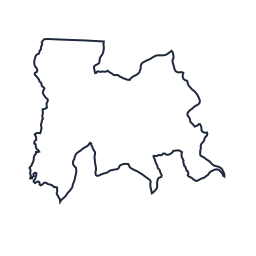 Águas Vermelhas, Minas Gerais, Brazil (Mercator projection), rotated 278°
{"feature_id": "56859067B86331231405573", "entity_name": "Águas Vermelhas", "entity_type": "district", "adm_level": 2, "iso_a3": "BRA", "parent_name": "Brazil", "parent_adm1": "Minas Gerais", "projection": "mercator", "projection_center": [-41.555, -15.724], "detail": "fine", "context": "isolated", "style": "outline", "palette": "slate", "viewbox_px": 256, "rotation_deg": 278, "n_neighbors": 0, "source": "geoboundaries", "source_scale": "gbopen_adm2", "svg_char_len": 5740}
<svg xmlns="http://www.w3.org/2000/svg" viewBox="0 0 256 256"><g transform="rotate(278 128 128)"><path d="M200.8,30.6L199.1,31.4L197.2,30.9L195.5,30.5L193.8,30.9L192.3,29.8L190.6,29.6L189.1,29.3L188.2,27.7L186.8,26.7L185.6,26.3L184.1,26.3L182.0,25.8L180.5,26.0L178.7,26.2L177.3,26.8L176.0,27.4L175.1,28.7L173.9,29.5L172.6,30.1L171.1,30.1L169.4,28.0L167.8,28.4L167.1,29.4L166.0,30.5L164.8,32.0L163.2,33.3L161.6,34.0L160.8,35.6L158.8,36.4L157.3,37.1L156.8,38.4L155.7,39.7L153.8,39.2L152.1,38.6L150.5,39.0L149.2,39.9L148.2,40.8L147.2,41.6L146.2,42.9L145.4,44.3L144.0,44.8L142.3,44.4L140.7,43.9L138.9,44.3L136.9,44.9L136.0,43.7L135.1,42.6L134.7,40.9L132.6,41.2L130.8,41.7L129.0,41.4L127.1,41.6L125.3,42.5L123.9,41.7L122.7,41.7L121.0,41.7L119.6,41.2L118.1,41.6L116.5,42.3L114.7,42.3L112.8,42.2L110.5,41.7L110.6,40.2L110.4,38.7L109.6,37.2L108.6,36.5L106.7,38.1L105.3,38.4L103.6,38.8L102.3,37.6L100.8,37.2L99.5,37.3L99.0,38.8L97.6,39.0L96.0,39.6L94.4,40.5L93.6,42.2L92.2,43.3L91.6,42.0L91.5,40.2L89.7,40.4L88.5,39.5L86.9,39.0L85.0,38.9L83.2,39.0L80.6,38.7L79.3,38.0L77.7,37.8L76.3,36.9L74.7,36.0L73.3,37.2L71.7,37.5L69.8,37.3L68.2,37.9L66.8,38.6L64.5,38.2L64.8,40.0L66.3,40.2L67.4,41.4L69.3,40.7L70.8,42.0L70.5,43.5L68.4,43.7L66.7,43.4L65.3,43.3L64.0,42.9L62.8,41.9L61.5,42.2L60.5,43.5L61.7,45.0L62.6,46.4L62.1,47.6L61.1,48.2L59.8,48.3L59.0,49.4L60.0,50.9L61.3,51.9L62.2,52.8L62.3,54.8L61.3,56.4L61.2,58.3L60.9,60.2L60.1,61.9L59.1,63.1L59.4,64.6L59.2,66.1L57.2,66.3L55.6,66.8L54.0,66.4L52.3,66.9L50.9,68.3L49.5,69.0L48.2,70.4L45.5,71.1L47.3,71.8L48.3,72.7L49.5,73.8L51.2,75.2L53.1,76.3L54.8,77.0L57.2,78.7L58.7,79.6L60.5,80.6L61.8,81.1L63.1,81.2L64.2,81.2L67.2,81.9L68.7,82.3L70.1,82.4L71.5,82.5L75.5,82.8L77.0,82.9L78.6,82.7L80.1,82.4L81.5,81.9L82.5,80.4L83.4,79.4L84.8,78.6L86.8,78.1L88.2,78.5L89.8,79.1L91.8,79.3L93.6,79.6L95.4,80.4L96.7,81.5L99.4,84.5L100.9,85.8L102.0,86.8L102.7,88.0L103.6,89.0L104.5,90.3L106.0,91.4L108.0,92.3L107.6,93.7L105.9,94.1L104.5,95.1L103.2,95.9L101.8,96.7L100.8,97.6L99.3,98.8L97.4,99.0L95.6,98.8L93.8,99.0L92.4,99.4L91.0,99.7L88.4,100.4L85.2,101.5L83.4,102.0L81.5,102.1L79.8,101.9L78.1,102.2L77.0,102.7L76.3,104.1L76.9,105.8L77.9,107.3L79.4,109.9L80.4,112.4L81.0,113.5L81.8,114.4L82.9,115.6L83.8,117.0L85.0,120.5L85.4,121.8L85.8,123.1L86.5,124.0L87.6,124.6L88.9,124.8L90.2,125.7L91.0,127.3L91.9,128.9L92.4,133.3L90.6,134.4L89.4,135.3L88.6,136.6L87.9,138.4L87.3,140.0L86.9,141.4L86.2,143.9L85.5,145.1L84.1,148.6L82.6,151.2L81.0,154.2L80.2,155.8L79.1,157.4L77.8,158.0L75.9,157.8L72.5,158.5L70.9,159.2L69.4,159.8L66.7,160.7L67.9,162.1L69.2,163.0L70.5,164.0L72.3,164.9L74.1,165.1L76.0,164.7L77.9,164.4L80.1,164.5L81.8,164.8L82.8,165.4L83.5,166.5L84.2,167.8L85.6,168.0L87.1,167.2L88.8,166.0L90.4,165.4L91.4,164.6L92.2,163.3L93.8,162.6L95.1,162.1L97.5,160.3L98.9,159.7L100.1,159.1L101.7,158.3L102.8,157.4L104.0,157.3L104.1,158.6L104.3,160.5L105.6,162.2L105.5,164.0L106.2,165.5L107.7,166.4L107.8,168.0L107.1,169.2L106.9,170.7L107.4,172.2L108.1,173.4L109.0,174.4L110.2,175.4L111.6,176.0L112.5,179.1L112.8,180.5L112.8,182.0L112.2,183.5L111.5,184.9L109.7,184.6L107.5,185.0L106.2,185.6L105.3,186.3L103.6,187.5L102.0,187.4L100.0,188.4L98.5,188.8L97.6,190.1L96.4,190.8L95.1,191.4L93.9,191.8L93.6,193.1L92.3,193.8L90.8,194.1L89.6,193.7L88.5,194.7L88.0,196.7L87.3,198.3L86.5,199.4L85.7,201.0L85.0,202.8L85.5,204.1L87.8,207.3L88.7,208.8L89.3,210.2L92.2,213.1L93.2,214.1L94.7,214.6L95.9,215.5L97.0,216.8L99.0,220.0L99.5,222.0L99.0,224.1L97.7,225.8L96.5,227.2L95.6,228.2L94.0,228.8L93.4,230.2L95.4,229.9L97.3,229.0L99.3,227.5L100.8,226.3L101.6,224.7L102.2,223.3L102.5,220.3L102.7,219.0L103.2,217.6L104.0,216.2L105.1,214.9L106.5,213.0L108.1,209.5L108.9,208.3L109.7,206.7L110.6,203.9L111.6,203.2L113.0,203.0L114.4,202.8L115.7,202.7L117.1,202.9L118.9,202.9L120.3,202.4L122.0,202.7L123.5,203.5L124.6,204.3L126.2,205.1L128.2,205.3L129.5,205.7L130.7,206.6L131.6,207.2L133.1,207.4L134.5,206.9L134.2,205.7L134.0,204.3L134.8,202.1L136.2,201.0L137.7,200.8L138.9,200.5L140.4,199.8L141.9,198.6L141.6,197.4L140.6,196.8L139.6,195.5L138.7,193.8L140.7,191.8L141.4,190.8L142.0,189.8L143.1,188.7L144.7,188.4L145.8,187.9L147.4,186.6L148.5,185.4L149.6,184.9L151.3,185.0L152.6,185.7L153.8,186.5L155.0,187.7L156.3,189.0L157.7,190.2L158.9,191.3L159.7,192.2L160.3,193.3L161.4,194.5L162.8,195.3L164.2,195.5L166.0,195.0L167.6,194.0L169.2,193.0L170.2,192.2L171.2,191.3L172.4,190.2L173.7,188.6L175.2,185.9L176.1,185.0L178.0,182.6L179.3,181.6L180.6,180.9L181.9,180.5L183.0,179.9L183.3,178.0L184.3,176.2L185.7,175.3L186.9,174.9L188.4,174.9L190.4,175.1L190.8,173.3L190.3,171.4L190.1,169.7L190.3,168.5L190.9,167.4L192.2,166.2L193.8,165.5L195.2,164.9L199.0,163.2L200.1,162.8L201.5,162.6L202.7,163.1L203.9,163.3L205.6,163.0L207.5,162.4L208.6,162.0L209.7,161.3L210.5,160.3L207.8,157.8L206.8,156.7L205.9,155.5L205.3,154.2L204.9,153.1L204.6,151.1L204.2,147.7L203.4,145.3L202.2,143.7L200.9,142.0L199.8,140.8L198.8,139.4L196.9,136.2L196.0,135.2L195.3,134.1L194.3,133.0L192.4,132.1L190.7,132.0L189.4,132.2L188.2,132.3L186.9,131.8L184.9,131.6L183.4,130.6L182.0,129.2L180.0,126.3L178.6,124.7L177.1,123.5L175.7,122.8L175.9,121.5L175.7,120.1L176.2,118.9L176.4,117.5L176.6,116.2L177.1,115.1L177.6,113.8L177.9,112.3L178.8,111.3L179.0,109.8L178.5,107.9L178.7,106.0L179.5,104.8L180.1,103.6L180.5,102.3L181.1,101.1L181.9,99.8L180.8,98.4L180.5,97.2L180.3,94.2L179.7,92.9L179.9,91.4L179.7,89.6L178.3,89.1L177.8,87.9L178.8,87.3L180.2,86.9L182.0,86.2L184.1,85.8L185.6,87.0L186.8,88.7L187.8,90.0L189.0,90.5L190.2,90.5L191.4,90.4L193.4,90.5L195.1,91.1L196.3,91.8L197.5,92.4L199.3,92.8L201.1,93.0L202.8,93.0L204.3,92.9L207.3,92.1L208.7,92.0L210.3,92.0L208.8,74.0L207.1,57.8L205.4,40.6L205.1,37.1L204.4,32.9L203.0,31.8L200.8,30.6Z" fill="none" stroke="#1e293b" stroke-width="2"/></g></svg>